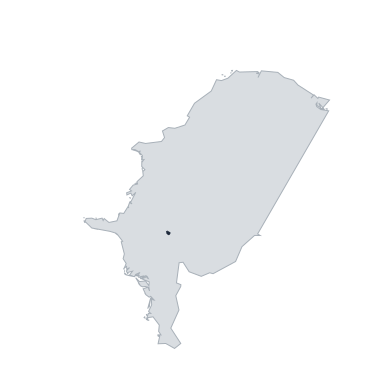 location of Perry, Indiana, United States of America, rotated 120°
{"feature_id": "52423323B11112543389070", "entity_name": "Perry", "entity_type": "district", "adm_level": 2, "iso_a3": "USA", "parent_name": "United States of America", "parent_adm1": "Indiana", "projection": "mercator", "projection_center": [-86.618, 38.054], "detail": "fine", "context": "in_parent", "style": "filled", "palette": "slate", "viewbox_px": 384, "rotation_deg": 120, "n_neighbors": 0, "source": "geoboundaries", "source_scale": "gbopen_adm2", "svg_char_len": 4251}
<svg xmlns="http://www.w3.org/2000/svg" viewBox="0 0 384 384"><g transform="rotate(120 192 192)"><path d="M300.7,144.3L320.5,142.3L328.8,126.0L336.2,128.9L336.3,139.0L340.4,145.5L332.9,147.9L332.5,149.7L331.3,147.4L329.4,151.2L323.6,153.8L319.6,163.3L322.8,167.3L324.9,166.8L324.4,165.0L325.1,165.8L325.2,167.8L318.9,169.1L317.8,167.0L317.1,169.9L309.9,170.5L304.4,174.1L305.0,172.1L304.5,170.7L303.0,175.6L304.5,176.5L304.0,180.6L300.3,185.9L296.5,182.6L298.9,179.3L296.2,181.6L297.2,185.3L298.8,187.3L299.0,189.7L294.4,197.9L295.8,192.7L292.3,187.8L294.7,182.5L291.2,184.1L292.3,191.9L288.9,189.5L287.8,189.8L288.9,187.3L288.8,186.6L287.6,188.5L287.5,190.1L292.7,193.1L291.6,194.5L289.3,191.8L288.4,191.4L291.3,194.6L292.5,195.2L291.8,197.2L290.2,195.7L292.6,198.6L292.0,199.0L290.8,197.5L287.7,196.8L291.6,199.6L294.1,199.5L296.5,206.5L294.4,201.1L295.0,204.6L290.3,203.9L293.7,207.3L295.3,206.3L293.2,209.4L288.7,208.3L291.5,209.9L289.1,211.5L291.8,212.6L286.8,213.3L284.2,218.3L279.5,219.6L270.5,228.4L269.4,227.4L266.0,235.4L265.7,237.4L267.1,243.4L273.3,260.8L271.0,269.9L267.8,270.4L264.7,265.6L264.1,261.5L259.6,256.8L261.1,254.7L258.9,254.8L259.9,248.7L254.5,242.6L246.2,244.0L244.7,240.4L236.5,240.1L237.5,238.8L236.1,240.1L232.3,240.8L232.3,238.0L231.7,240.0L220.4,240.5L225.2,241.9L223.5,244.4L227.1,246.9L225.3,248.2L221.3,244.9L221.0,247.4L215.4,246.4L212.3,243.1L210.5,244.8L202.3,242.3L197.6,245.8L198.8,244.8L196.2,243.9L195.0,248.3L190.0,251.1L191.2,250.2L187.9,249.8L189.1,251.2L185.3,253.1L183.8,257.8L182.1,257.1L183.6,258.3L183.8,262.7L185.4,265.3L184.2,266.2L175.2,262.9L173.2,256.5L163.5,243.7L158.6,243.0L153.9,248.1L148.0,244.7L145.4,238.7L137.5,231.6L128.4,231.5L128.4,234.2L113.9,234.2L94.9,225.8L82.5,226.9L80.8,222.2L75.5,217.8L64.5,214.3L64.4,210.9L54.9,195.4L55.2,193.8L57.1,195.8L55.9,192.4L59.9,192.1L52.4,192.5L45.5,177.5L46.8,169.3L44.4,159.9L46.4,153.7L47.3,135.3L51.2,135.8L46.8,134.9L48.0,129.8L46.5,129.8L43.6,118.9L53.5,120.8L51.6,126.6L54.8,122.5L54.5,127.3L52.2,128.4L53.9,128.6L55.7,126.7L56.2,121.8L53.4,114.2L195.5,114.2L195.6,111.2L198.3,116.1L214.3,121.4L230.4,119.5L252.2,132.9L253.1,136.3L260.4,141.8L262.5,154.6L257.3,164.6L259.7,167.8L278.5,160.0L277.8,155.3L279.5,154.5L289.9,154.2L300.7,144.3ZM312.0,172.5L315.2,172.0L304.2,174.9L313.3,171.4L312.0,172.5ZM54.3,118.9L55.6,122.0L55.5,122.5L53.7,120.1L54.3,118.9ZM185.2,264.5L184.0,260.8L184.1,258.6L184.3,260.9L185.2,264.5ZM333.7,148.2L333.6,149.7L333.1,149.4L333.7,148.2ZM212.4,244.3L212.7,245.2L211.8,244.5L212.4,244.3ZM68.8,218.1L70.0,217.6L68.8,218.1ZM67.4,217.7L66.9,218.4L66.5,217.8L67.4,217.7ZM321.8,169.3L320.9,170.2L320.7,170.0L321.8,169.3ZM184.8,256.6L184.1,258.3L185.8,255.0L184.8,256.6ZM271.5,255.1L272.6,258.5L271.3,254.8L271.5,255.1ZM75.2,221.1L75.8,222.1L75.1,221.2L75.2,221.1ZM271.6,270.4L270.5,271.4L272.2,269.2L271.6,270.4ZM296.8,208.8L295.7,210.3L296.6,206.8L296.8,208.8ZM52.9,116.4L52.9,117.3L52.3,116.8L52.9,116.4ZM189.1,251.9L187.3,252.7L189.1,251.7L189.1,251.9ZM324.7,169.7L324.7,170.7L323.8,170.5L324.7,169.7ZM75.2,223.9L75.6,225.0L75.0,224.0L75.2,223.9ZM186.9,253.4L186.2,253.8L186.8,253.1L186.9,253.4ZM298.5,191.3L297.3,193.3L298.7,190.5L298.5,191.3ZM197.1,246.6L195.9,247.3L197.6,246.1L197.1,246.6ZM266.2,236.4L266.0,237.8L265.9,236.8L266.2,236.4ZM292.2,212.9L291.8,213.2L293.0,212.0L292.2,212.9ZM249.2,243.7L247.8,244.5L247.2,244.3L249.2,243.7ZM231.8,240.5L231.5,240.8L230.7,240.7L231.8,240.5ZM262.6,261.6L262.8,262.6L262.4,261.4L262.6,261.6ZM228.2,242.5L228.0,243.5L227.9,241.8L228.2,242.5ZM268.4,272.7L267.7,272.8L268.7,272.5L268.4,272.7ZM303.7,181.3L303.1,182.4L303.8,180.9L303.7,181.3ZM294.8,210.5L294.3,210.9L294.2,210.9L294.8,210.5Z" fill="#d9dde1" stroke="#a8b0b8" stroke-width="1"/><path d="M240.3,191.7L240.3,191.1L239.7,191.1L239.7,190.7L239.2,190.7L239.2,190.8L238.6,190.8L238.6,191.1L238.6,191.3L238.5,191.5L238.7,191.8L238.7,192.1L238.7,192.5L238.6,192.4L238.5,192.5L238.7,192.9L238.8,193.0L239.0,193.1L239.3,193.0L239.3,193.3L239.2,193.4L239.3,193.4L239.3,193.5L239.4,193.4L239.5,193.4L239.6,193.2L239.7,192.9L239.7,193.0L239.8,193.0L240.0,193.0L240.0,192.9L240.0,192.7L240.0,192.4L240.0,192.2L240.3,192.1L240.4,191.9L240.3,191.7L240.3,191.7Z" fill="#64748b" stroke="#1e293b" stroke-width="1.5"/></g></svg>